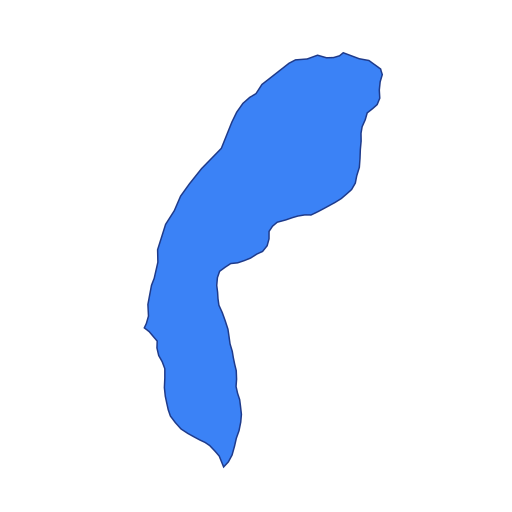 III-2 Bonasika/Boerasirie, Essequibo Islands-West Demerara, Guyana, rotated 8°
{"feature_id": "73187651B69188247216871", "entity_name": "III-2 Bonasika/Boerasirie", "entity_type": "district", "adm_level": 2, "iso_a3": "GUY", "parent_name": "Guyana", "parent_adm1": "Essequibo Islands-West Demerara", "projection": "natural_earth1", "projection_center": [-58.423, 6.616], "detail": "fine", "context": "isolated", "style": "filled", "palette": "blue", "viewbox_px": 512, "rotation_deg": 8, "n_neighbors": 0, "source": "geoboundaries", "source_scale": "gbopen_adm2", "svg_char_len": 1634}
<svg xmlns="http://www.w3.org/2000/svg" viewBox="0 0 512 512"><g transform="rotate(8 256 256)"><path d="M253.3,469.4L257.3,463.7L260.0,456.4L261.2,447.3L261.9,439.1L263.5,431.3L264.0,422.6L263.6,414.9L261.5,406.7L259.8,400.5L256.8,394.4L254.4,388.0L253.9,380.7L252.4,372.3L250.0,366.3L247.7,359.9L245.8,353.8L242.5,346.6L240.4,339.2L238.4,332.4L234.4,324.2L230.5,316.8L226.1,309.9L224.3,303.6L223.0,297.2L221.2,290.6L220.8,282.8L222.1,276.2L227.0,271.4L232.0,267.0L238.8,265.3L244.8,262.3L250.9,258.8L256.5,254.0L261.9,250.5L265.6,244.3L266.5,237.2L265.5,229.8L268.2,224.2L272.3,219.6L280.3,216.2L286.8,212.9L291.9,210.6L298.6,208.5L304.8,207.7L311.4,203.3L316.1,199.9L322.3,195.3L327.0,191.8L332.5,187.2L336.9,182.2L341.4,176.9L344.2,170.0L344.6,162.5L346.0,153.8L345.4,144.9L344.5,136.0L344.1,127.6L342.9,119.8L343.1,113.2L345.2,105.9L346.2,98.8L351.0,93.8L354.9,89.2L356.6,82.5L355.0,74.5L354.7,66.3L355.8,58.8L354.0,55.0L353.4,53.5L341.0,46.9L340.6,46.7L330.8,46.3L314.1,42.6L310.9,46.1L305.2,48.7L298.3,49.9L289.0,48.6L279.2,53.8L267.8,56.3L261.9,60.5L238.0,85.3L233.4,95.2L227.7,99.8L221.8,106.7L216.9,116.2L213.5,126.7L206.7,154.2L189.9,177.1L180.1,193.7L173.0,207.2L168.8,222.5L162.1,237.2L157.7,263.5L159.7,275.8L158.3,292.3L156.6,299.5L155.7,319.0L157.9,330.5L156.8,338.2L155.4,342.7L160.8,345.8L165.6,350.1L170.0,354.0L170.7,360.8L173.5,368.1L177.8,373.7L181.4,380.3L182.7,389.5L183.6,399.1L185.7,407.5L188.1,414.1L190.5,420.5L193.5,426.4L199.3,432.2L205.8,437.7L213.2,441.2L219.7,443.7L226.0,446.0L231.5,447.7L236.6,450.2L242.6,455.0L247.4,459.2L253.3,469.4Z" fill="#3b82f6" stroke="#1e3a8a" stroke-width="1.5"/></g></svg>